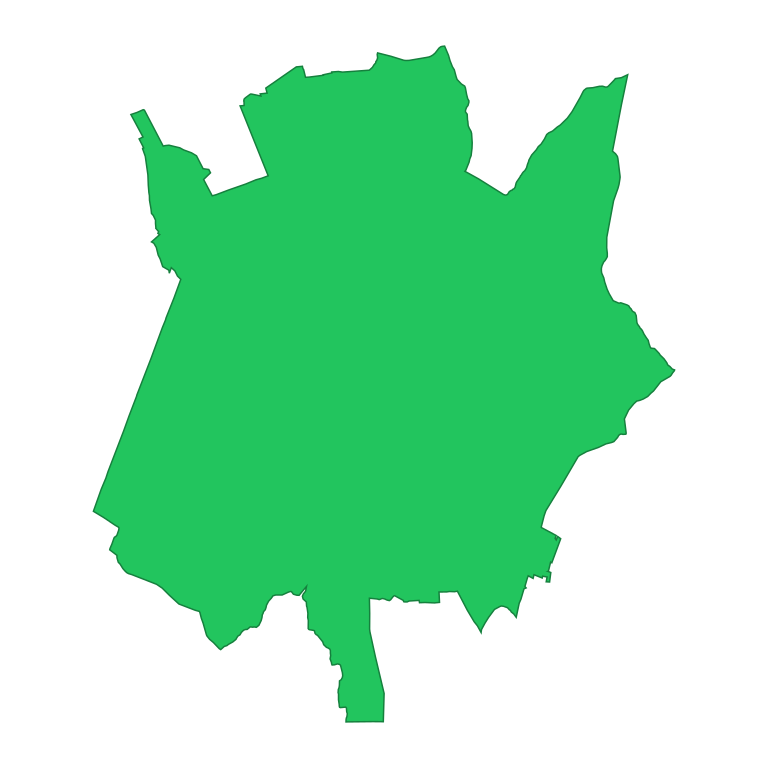 the district of Ixcaquixtla, Puebla, Mexico
{"feature_id": "50627088B51298056113446", "entity_name": "Ixcaquixtla", "entity_type": "district", "adm_level": 2, "iso_a3": "MEX", "parent_name": "Mexico", "parent_adm1": "Puebla", "projection": "equal_earth", "projection_center": [-97.829, 18.478], "detail": "fine", "context": "isolated", "style": "filled", "palette": "green", "viewbox_px": 768, "rotation_deg": 0, "n_neighbors": 0, "source": "geoboundaries", "source_scale": "gbopen_adm2", "svg_char_len": 6063}
<svg xmlns="http://www.w3.org/2000/svg" viewBox="0 0 768 768"><path d="M653.5,391.0L660.8,381.7L670.1,376.3L671.1,375.3L672.6,372.9L674.4,370.7L674.6,369.9L672.3,369.1L669.9,366.5L668.2,365.3L667.6,364.7L666.9,362.9L664.0,358.8L660.2,355.1L659.2,353.5L655.2,349.2L654.3,348.5L651.1,348.2L650.2,347.1L649.0,343.6L648.2,340.3L646.3,337.7L644.0,334.1L642.4,330.7L641.5,329.4L639.9,327.8L639.5,326.8L637.6,324.3L636.9,322.5L636.2,315.6L634.8,312.5L633.1,311.7L632.0,310.6L631.2,309.0L629.7,307.5L628.8,305.9L627.0,304.9L620.8,302.8L618.9,303.2L613.2,300.7L609.1,293.6L607.1,289.2L604.7,282.0L603.8,277.9L601.7,273.1L601.4,270.9L601.4,268.3L602.0,265.7L603.7,262.0L605.0,260.6L606.2,258.8L607.3,256.7L607.3,253.3L606.7,247.8L606.8,237.3L613.6,200.7L618.0,188.2L619.0,184.5L619.8,179.6L620.1,177.2L620.0,175.8L617.9,158.6L617.4,156.4L615.5,153.7L612.5,151.2L621.5,104.4L627.7,74.7L621.3,77.7L615.4,78.6L614.1,80.2L608.2,86.3L607.0,87.0L605.6,87.1L602.6,86.2L599.4,86.3L592.8,87.7L587.5,88.1L586.3,88.4L583.9,90.4L583.1,91.6L580.2,97.4L572.1,111.6L567.3,118.2L560.2,125.1L557.3,127.0L552.5,131.1L548.8,132.8L546.7,134.5L544.4,139.1L541.1,144.1L538.3,146.6L536.3,149.8L531.7,155.0L528.9,160.1L528.6,161.5L527.5,164.3L526.5,167.9L524.8,170.7L523.4,171.9L522.3,173.3L521.4,174.9L520.5,175.9L520.1,176.9L516.8,181.7L516.1,183.1L515.1,187.3L513.9,188.9L513.1,189.1L511.9,190.3L511.3,190.3L509.3,191.6L507.7,194.2L506.7,194.9L505.2,195.1L503.5,194.5L478.6,178.9L464.9,171.3L465.8,170.3L469.1,162.1L469.8,158.9L471.1,155.7L472.0,148.3L472.2,142.8L471.6,133.5L471.0,131.3L469.3,128.3L468.2,125.7L467.8,121.2L467.5,120.0L467.2,114.2L465.5,112.0L465.5,110.4L465.9,109.1L466.6,107.3L468.0,105.5L468.9,102.3L468.9,100.8L467.7,98.7L466.6,94.4L465.4,87.9L464.7,86.1L461.4,84.0L457.1,79.5L456.1,76.6L454.3,69.8L452.4,66.7L450.0,60.6L448.5,55.3L444.6,46.1L442.0,46.4L440.7,46.8L439.0,48.1L435.2,53.0L432.9,55.0L430.7,56.3L428.8,57.0L426.2,57.5L409.1,60.4L405.9,60.5L403.9,60.3L391.0,56.3L377.6,52.9L377.2,54.4L377.6,57.9L376.7,60.6L375.9,61.4L375.7,62.9L374.0,64.8L372.5,67.3L369.3,70.2L342.5,72.1L338.4,71.5L331.7,72.0L331.9,72.9L323.1,74.8L323.3,75.3L309.1,77.1L305.5,77.3L303.6,69.5L302.9,68.6L302.4,66.3L296.3,66.9L265.8,88.1L267.1,93.1L260.2,93.9L260.9,96.0L251.7,94.1L250.4,94.1L245.4,97.8L244.1,99.1L243.8,100.8L244.0,100.8L244.1,105.5L240.1,105.9L268.2,175.8L261.8,178.2L256.0,179.8L245.8,184.0L228.6,190.0L216.2,194.7L212.2,195.8L203.6,179.5L210.5,172.8L208.8,169.5L203.1,168.7L196.5,155.8L191.5,152.8L183.6,149.9L179.8,147.8L169.0,145.2L165.1,145.6L163.2,146.1L144.4,110.1L143.2,109.7L136.9,112.5L130.9,114.5L143.0,137.0L139.1,138.9L143.7,147.9L142.0,148.7L142.5,148.6L143.1,150.1L145.3,156.4L147.9,174.9L148.3,185.4L148.9,192.7L149.4,195.6L149.5,200.3L151.0,208.9L151.5,213.5L153.3,215.5L155.5,220.1L155.5,223.5L155.9,228.0L155.8,228.3L158.6,231.6L157.9,233.4L159.7,234.6L151.5,241.9L153.8,243.2L156.3,247.4L158.2,255.1L160.1,258.8L162.7,266.6L168.9,270.2L169.3,273.2L171.3,267.7L174.9,270.9L177.5,276.1L180.8,279.3L173.9,298.2L166.1,317.8L165.5,320.0L162.3,327.8L151.2,358.0L136.8,395.2L136.6,396.2L129.1,415.8L123.7,430.8L108.0,471.7L105.9,478.1L101.2,489.3L93.4,511.3L103.5,517.4L115.1,525.2L118.5,527.2L119.0,528.1L118.6,530.4L117.0,535.0L115.9,536.4L114.5,537.2L114.0,538.0L112.0,543.8L110.0,548.5L109.7,549.8L116.9,555.3L117.0,557.8L118.3,562.3L120.1,564.1L122.9,568.6L125.1,571.1L126.7,572.6L128.5,573.6L131.8,574.6L156.6,584.3L162.2,588.1L169.3,595.2L178.9,604.0L195.3,610.3L199.3,611.4L199.9,612.5L201.3,618.1L203.1,623.1L206.4,634.7L206.9,635.9L209.6,639.3L213.4,642.5L219.3,648.7L220.7,649.6L224.3,646.4L226.9,645.6L228.4,644.4L232.9,641.9L236.0,639.3L236.7,637.9L237.9,636.1L240.0,634.8L241.4,632.4L243.6,630.2L245.3,629.5L247.2,629.4L250.2,626.9L253.0,627.2L253.9,626.9L256.4,627.3L258.9,625.3L261.2,620.5L262.0,617.4L262.3,614.8L263.0,613.5L263.6,611.6L265.3,609.7L266.1,607.2L266.5,605.2L268.6,601.2L271.3,598.2L273.0,595.8L275.7,595.0L282.1,595.0L288.7,592.0L290.7,591.5L291.4,591.6L293.4,594.2L296.7,595.2L299.1,595.3L306.5,586.4L305.6,591.2L303.3,594.0L302.4,596.3L303.1,599.0L306.3,601.9L306.6,606.2L307.0,607.2L307.9,613.3L307.7,617.5L308.3,620.4L308.2,628.6L308.8,629.4L309.5,629.7L313.1,630.3L314.4,630.7L315.1,633.5L316.3,634.7L317.5,635.3L322.7,641.8L323.7,644.7L326.4,647.3L328.3,648.1L329.9,649.2L330.4,650.7L330.4,653.3L330.7,655.5L330.1,658.9L331.5,662.7L331.6,663.8L332.1,665.0L334.5,664.8L337.5,663.9L339.5,664.4L340.3,665.0L340.6,665.6L342.4,672.7L342.7,675.7L342.3,677.6L341.2,679.7L339.5,680.9L339.4,685.1L339.1,687.4L338.3,689.5L338.1,692.7L338.5,693.9L338.5,699.8L339.2,704.5L339.3,706.3L339.6,707.3L340.4,707.6L345.7,707.1L346.4,707.9L346.7,711.8L347.3,713.7L346.9,716.7L346.4,717.8L346.1,719.3L346.0,721.9L373.0,721.6L383.3,721.7L384.1,693.4L375.4,656.8L369.9,631.7L369.6,629.1L369.7,613.5L369.4,598.2L377.3,599.0L379.2,599.6L382.1,598.5L383.0,598.6L384.5,598.9L386.9,600.0L389.3,600.6L390.6,599.8L392.7,597.1L393.8,596.0L394.7,595.7L403.3,600.4L403.7,601.7L404.6,601.9L407.2,601.9L409.2,601.0L419.1,600.4L419.5,602.7L425.0,602.5L434.4,602.9L439.5,602.4L439.0,592.0L446.8,591.9L449.4,591.5L454.5,591.7L457.4,591.2L467.3,610.2L474.2,621.8L477.4,625.8L481.1,632.5L481.5,629.6L482.0,628.6L485.0,623.1L488.5,617.5L494.5,609.4L500.1,606.4L501.4,606.0L503.6,606.3L507.5,607.7L509.4,609.8L509.9,610.0L510.8,611.0L511.2,611.9L513.8,614.0L516.2,617.3L519.2,603.2L520.9,599.3L524.0,588.8L526.1,587.9L524.9,586.5L527.2,578.6L528.2,575.8L533.1,578.4L534.0,574.7L542.2,578.0L542.6,576.2L547.1,577.0L546.2,581.8L549.6,582.0L550.8,572.5L548.0,571.4L548.4,571.3L550.6,562.1L551.8,562.8L560.7,538.7L557.7,536.5L556.2,540.0L555.1,538.4L556.2,535.5L541.3,527.5L541.2,527.2L544.1,515.8L545.9,510.6L560.9,486.1L578.1,456.7L579.7,455.4L586.6,451.6L598.7,447.3L605.9,443.9L611.6,442.5L613.9,441.6L617.6,437.4L618.7,435.4L620.3,434.2L621.8,434.1L622.9,434.4L625.8,434.2L626.1,433.8L626.1,432.6L624.4,418.9L628.6,410.1L633.9,403.7L636.7,401.1L639.7,400.4L643.3,399.0L647.8,396.4L650.9,393.2L653.5,391.0Z" fill="#22c55e" stroke="#15803d" stroke-width="1.5"/></svg>